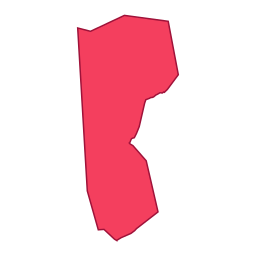 map outline of Saint James (Mercator projection)
{"feature_id": "BRB-1992", "entity_name": "Saint James", "entity_type": "Parish", "adm_level": 1, "iso_a3": "BRB", "parent_name": "Barbados", "parent_adm1": "", "projection": "mercator", "projection_center": [-59.619, 13.191], "detail": "fine", "context": "isolated", "style": "filled", "palette": "rose", "viewbox_px": 256, "rotation_deg": 0, "n_neighbors": 0, "source": "natural_earth", "source_scale": "10m", "svg_char_len": 790}
<svg xmlns="http://www.w3.org/2000/svg" viewBox="0 0 256 256"><path d="M98.3,229.8L87.3,190.9L77.7,28.0L90.5,31.3L124.4,15.4L168.2,21.3L178.3,74.7L167.4,89.4L164.4,92.3L164.1,92.1L163.7,92.0L163.0,92.5L162.5,92.9L162.2,93.0L161.6,92.9L161.3,92.9L160.8,92.8L160.0,92.8L159.6,92.9L159.1,93.3L157.7,94.1L157.4,94.3L156.7,94.6L156.4,94.8L156.1,94.8L153.9,96.7L153.2,97.1L152.7,97.3L152.3,97.3L152.0,97.5L151.2,97.5L150.8,97.5L150.5,97.7L149.5,98.3L145.8,99.7L144.6,103.3L139.2,126.7L136.4,133.6L134.3,137.7L132.2,138.3L131.5,138.8L131.0,139.6L130.3,141.5L129.8,142.6L129.3,143.0L130.3,144.1L132.9,145.6L146.2,160.8L158.0,211.9L136.5,228.6L134.7,230.6L131.1,233.3L121.1,237.7L117.0,240.2L116.9,240.6L114.4,239.1L104.0,229.4L98.3,229.8Z" fill="#f43f5e" stroke="#9f1239" stroke-width="1.5"/></svg>